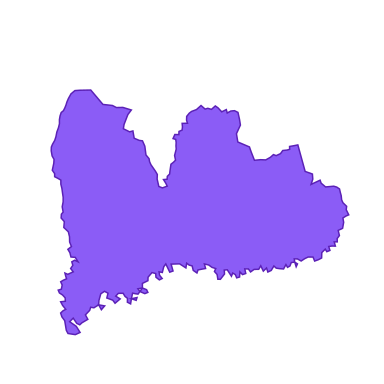 Condor, Rio Grande do Sul, Brazil (Mercator projection), rotated 350°
{"feature_id": "56859067B96691975921638", "entity_name": "Condor", "entity_type": "district", "adm_level": 2, "iso_a3": "BRA", "parent_name": "Brazil", "parent_adm1": "Rio Grande do Sul", "projection": "mercator", "projection_center": [-53.503, -28.156], "detail": "fine", "context": "isolated", "style": "filled", "palette": "violet", "viewbox_px": 384, "rotation_deg": 350, "n_neighbors": 0, "source": "geoboundaries", "source_scale": "gbopen_adm2", "svg_char_len": 3897}
<svg xmlns="http://www.w3.org/2000/svg" viewBox="0 0 384 384"><g transform="rotate(350 192 192)"><path d="M44.3,296.6L44.2,306.4L45.3,309.8L52.3,312.2L57.4,310.9L54.7,304.2L49.0,298.5L53.1,295.6L55.7,301.4L58.4,303.3L60.9,301.7L67.3,299.3L65.7,294.5L70.7,290.8L72.2,287.9L75.3,289.0L80.5,286.9L81.5,282.7L84.5,276.4L88.6,274.6L91.7,277.1L89.7,281.6L95.2,284.8L96.9,288.2L102.7,284.8L98.8,281.3L101.9,279.0L106.6,279.8L107.9,283.2L110.0,285.5L109.2,289.3L112.1,291.5L113.8,286.6L115.9,281.3L118.4,282.3L121.1,283.2L123.4,281.0L121.9,277.9L126.5,277.9L127.3,273.4L133.2,271.7L133.9,268.3L138.6,264.4L142.1,266.0L141.7,269.7L144.6,272.9L147.6,272.0L145.6,268.3L145.7,264.9L148.8,266.1L151.2,260.7L153.7,258.3L156.2,267.1L159.6,266.5L158.9,259.4L167.3,260.6L172.8,265.7L174.4,261.2L176.5,263.5L179.3,264.8L179.6,269.4L182.8,272.6L184.4,269.8L188.4,269.7L192.1,269.7L191.7,265.0L195.8,266.8L198.6,269.7L202.1,271.5L200.3,274.2L202.4,277.6L202.3,282.4L204.8,282.9L209.8,278.4L210.2,274.5L213.2,274.7L216.2,281.8L218.0,278.9L220.3,280.8L221.1,284.3L224.1,284.0L225.3,279.0L227.4,282.1L230.8,281.6L230.6,276.9L234.2,277.6L235.8,280.9L239.7,279.0L244.3,279.7L246.9,276.6L248.5,282.3L252.2,279.8L252.8,284.0L256.4,283.0L259.8,279.1L261.7,281.6L264.9,282.7L268.8,283.7L271.9,279.8L273.0,282.8L275.6,281.9L277.5,278.7L281.0,278.9L281.1,275.6L284.2,276.2L287.5,278.9L291.5,277.2L295.1,276.2L299.9,277.1L300.8,281.3L304.8,280.6L308.2,279.5L309.3,274.2L313.3,271.4L314.4,274.2L317.7,273.5L317.2,269.4L320.4,269.5L323.8,270.2L323.4,265.8L326.4,266.3L326.9,263.0L329.6,260.5L329.3,255.2L334.0,253.9L336.1,248.2L336.1,243.8L339.5,242.4L342.4,241.7L340.8,236.2L341.8,233.0L338.8,228.8L338.0,225.7L338.3,221.5L338.0,218.3L337.8,214.6L335.4,212.3L332.6,210.9L324.4,210.2L320.7,205.7L320.2,202.6L310.6,205.2L313.2,200.3L313.7,195.2L307.0,191.4L304.4,164.0L300.1,164.1L296.0,164.1L295.6,166.9L293.0,167.2L288.6,166.9L285.8,169.6L281.2,170.8L278.7,169.3L275.3,171.4L270.2,173.2L265.2,172.1L259.0,171.6L257.2,162.6L256.4,157.6L245.8,150.7L245.9,142.3L251.3,134.5L251.4,128.9L251.1,121.6L248.0,119.3L244.3,119.0L240.4,120.3L240.1,116.8L235.2,118.2L232.2,113.6L229.9,111.3L225.5,114.0L222.1,112.3L219.3,112.6L215.9,108.4L210.7,111.6L205.5,112.6L203.0,113.9L199.9,116.6L199.1,120.3L199.5,123.5L194.2,122.7L193.9,126.3L193.0,129.3L189.7,130.1L189.0,133.2L185.1,132.4L182.6,136.1L185.1,137.4L185.0,140.4L184.2,143.9L183.9,147.0L181.2,153.0L181.3,157.8L178.9,159.5L176.1,161.0L175.1,164.0L173.9,167.7L173.1,170.4L170.4,172.3L169.7,175.1L166.1,174.8L167.7,178.8L168.6,181.9L163.6,182.8L160.3,180.8L159.9,173.2L160.9,168.7L159.6,165.2L156.3,158.0L155.5,154.8L155.5,151.7L153.1,147.5L153.5,138.7L152.1,133.0L149.0,132.0L144.4,129.0L144.4,121.6L141.0,121.9L135.4,117.8L136.8,113.7L142.3,104.6L146.5,100.7L138.6,96.7L132.2,95.7L128.7,93.0L119.5,90.3L110.0,74.0L99.1,72.3L94.3,71.8L89.9,74.3L86.5,78.5L84.4,81.7L83.1,84.3L81.5,86.9L79.5,89.6L77.0,91.0L75.3,94.1L74.0,97.7L73.3,101.8L71.6,105.6L69.3,109.5L67.6,113.9L65.8,117.3L62.9,120.8L61.3,123.3L60.5,127.0L60.5,132.2L61.8,135.9L60.9,139.6L59.5,143.1L58.2,146.3L59.9,150.0L59.4,153.1L62.2,155.2L64.9,157.5L64.2,161.6L64.5,165.9L64.3,170.8L64.2,174.8L63.4,179.3L61.6,184.0L61.6,189.4L59.5,191.2L58.6,194.9L61.1,199.0L59.6,204.7L63.3,209.7L63.6,214.8L62.8,220.0L63.8,224.8L59.8,226.9L61.2,230.6L61.5,235.0L65.7,236.1L67.6,240.9L64.6,238.8L61.5,239.9L61.9,243.5L59.2,246.3L61.2,250.0L55.4,251.5L52.8,249.8L53.0,252.8L53.4,255.7L50.0,256.5L47.1,257.6L48.0,261.0L46.5,265.0L43.2,265.4L43.9,268.4L46.6,270.9L48.7,274.2L48.3,277.6L43.6,277.3L44.9,281.3L47.3,285.6L44.3,286.6L41.6,288.4L42.2,292.4L44.3,296.6ZM123.4,281.0L127.9,283.9L131.1,283.2L130.3,280.3L126.5,277.9L123.4,281.0ZM80.5,286.9L82.3,292.2L86.2,289.0L80.5,286.9ZM113.8,286.6L118.2,289.0L119.5,286.4L113.8,286.6ZM281.0,278.9L281.6,283.7L283.4,281.1L281.0,278.9Z" fill="#8b5cf6" stroke="#5b21b6" stroke-width="1.5"/></g></svg>